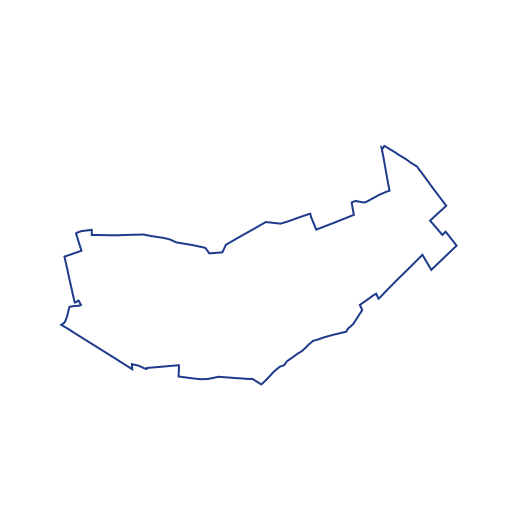 Capleni, Satu Mare, Romania (Mercator projection), rotated 32°
{"feature_id": "2599482B91947019128255", "entity_name": "Capleni", "entity_type": "district", "adm_level": 2, "iso_a3": "ROU", "parent_name": "Romania", "parent_adm1": "Satu Mare", "projection": "mercator", "projection_center": [22.539, 47.735], "detail": "fine", "context": "isolated", "style": "outline", "palette": "blue", "viewbox_px": 512, "rotation_deg": 32, "n_neighbors": 0, "source": "geoboundaries", "source_scale": "gbopen_adm2", "svg_char_len": 3217}
<svg xmlns="http://www.w3.org/2000/svg" viewBox="0 0 512 512"><g transform="rotate(32 256 256)"><path d="M91.4,332.2L98.8,338.6L105.2,344.0L104.0,345.5L98.4,352.5L93.9,358.0L96.3,360.5L103.5,367.7L105.9,370.3L111.4,375.9L115.2,379.7L120.3,384.9L123.6,388.2L126.9,391.5L127.2,391.2L127.4,391.0L127.9,390.4L128.2,389.7L128.7,388.1L128.8,387.9L129.3,387.9L133.5,390.3L132.9,391.3L132.1,392.1L129.2,394.1L126.9,396.0L124.7,398.0L127.9,407.6L128.7,411.8L128.8,413.4L128.6,414.6L128.0,416.2L127.3,417.6L129.1,417.6L131.0,417.5L133.0,417.4L136.4,417.4L140.7,417.5L145.3,417.5L159.7,417.5L166.9,417.5L180.1,417.5L192.4,417.5L202.5,417.6L211.0,417.6L208.1,413.5L214.6,411.2L222.6,410.2L223.5,408.6L223.2,408.5L223.9,407.9L228.4,404.6L240.2,395.7L248.4,389.5L249.4,390.8L249.6,391.1L254.2,399.2L263.9,394.8L268.2,392.8L273.9,390.1L275.0,389.4L280.2,385.9L283.4,382.9L288.3,378.2L289.2,377.8L297.1,373.6L303.7,370.2L307.8,367.9L312.1,365.7L314.4,364.5L318.2,362.1L323.5,362.1L328.5,362.1L328.9,361.1L329.8,357.5L329.9,357.1L330.3,355.7L330.5,354.4L330.7,353.5L331.2,351.2L331.8,347.8L332.5,344.3L332.8,343.6L332.9,343.1L333.7,340.7L334.8,337.5L335.0,337.0L335.9,336.0L337.3,334.3L337.7,333.7L337.8,333.3L337.8,332.8L338.0,329.4L338.1,328.9L339.0,326.6L340.0,324.2L341.8,319.8L343.2,316.4L344.2,314.6L345.4,312.0L345.7,311.0L346.2,309.1L346.8,307.1L346.9,306.5L347.2,304.8L347.7,302.9L348.5,300.4L349.2,298.2L349.6,297.4L351.5,295.4L352.9,293.9L354.1,292.4L354.8,291.4L355.8,290.2L356.9,288.8L360.2,285.2L363.8,281.3L366.3,278.8L370.5,274.5L372.7,272.4L372.6,271.3L372.5,270.4L372.5,269.6L372.6,268.5L372.8,267.8L373.1,266.9L373.4,266.1L373.6,265.3L374.4,262.6L374.5,262.3L374.5,259.9L374.6,253.4L374.7,245.5L370.0,242.5L371.9,238.0L373.5,234.2L374.8,231.1L375.9,228.2L376.7,226.6L377.5,225.0L377.8,224.3L382.5,227.3L383.2,225.0L383.6,223.2L384.4,219.0L385.6,213.6L387.8,203.8L388.7,199.7L390.5,192.5L392.3,185.0L393.5,179.9L396.5,166.8L403.4,170.4L412.0,174.9L413.5,168.9L416.1,158.8L416.7,156.3L419.2,146.4L419.7,144.6L420.6,140.9L408.7,136.6L403.9,134.9L402.9,139.3L402.3,139.2L395.4,137.0L391.3,135.7L384.9,133.8L386.5,127.8L389.6,116.6L390.7,112.6L371.8,105.4L365.3,102.8L360.1,100.7L352.8,97.8L346.9,95.6L345.4,94.8L339.4,94.8L339.0,94.9L331.3,94.4L323.7,94.6L319.3,94.4L306.5,94.6L306.5,97.3L304.8,97.3L306.8,99.5L310.7,103.6L313.9,107.1L319.4,113.2L324.8,119.2L330.4,125.3L334.6,129.9L332.6,132.3L331.3,134.2L328.1,138.7L321.5,150.6L320.1,152.6L318.2,153.9L315.5,154.9L313.9,155.6L311.4,156.4L311.0,156.9L308.8,159.9L310.4,161.8L317.2,169.3L316.5,170.2L310.6,178.2L304.4,186.7L298.2,194.9L293.1,201.7L281.8,193.6L279.6,191.4L278.5,192.5L278.3,192.8L274.7,197.2L269.5,203.7L268.7,204.8L264.3,210.3L260.5,214.6L259.6,215.6L252.4,219.1L251.0,219.7L246.4,222.0L244.3,225.7L240.1,233.6L231.7,248.9L224.5,262.5L225.0,266.2L225.5,270.8L215.0,278.5L208.9,276.0L207.9,276.2L197.9,279.8L190.3,282.9L181.5,286.6L179.7,286.9L174.1,287.6L171.3,288.5L167.7,289.8L164.5,291.2L157.2,294.3L153.8,295.7L150.3,297.0L149.9,297.0L147.1,298.8L135.7,306.3L127.9,311.6L120.8,316.0L118.7,317.2L116.6,318.5L113.1,320.6L110.6,322.1L105.6,325.2L102.8,320.9L94.9,327.3L91.9,331.0L91.4,332.2Z" fill="none" stroke="#1e3a8a" stroke-width="2"/></g></svg>